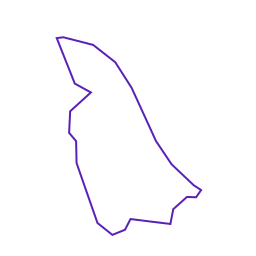 the border of Carrickfergus, rotated 258°
{"feature_id": "GBR-2096", "entity_name": "Carrickfergus", "entity_type": "District", "adm_level": 1, "iso_a3": "GBR", "parent_name": "United Kingdom", "parent_adm1": "", "projection": "robinson", "projection_center": [-5.816, 54.729], "detail": "fine", "context": "isolated", "style": "outline", "palette": "violet", "viewbox_px": 256, "rotation_deg": 258, "n_neighbors": 0, "source": "natural_earth", "source_scale": "10m", "svg_char_len": 443}
<svg xmlns="http://www.w3.org/2000/svg" viewBox="0 0 256 256"><g transform="rotate(258 128 128)"><path d="M230.7,77.0L230.2,83.6L216.5,111.2L195.0,129.2L166.5,139.9L109.3,152.7L83.4,163.1L58.3,180.4L52.1,186.6L51.4,185.9L46.1,180.2L48.3,171.3L39.2,155.4L25.3,149.5L38.4,111.5L29.1,103.9L26.7,90.5L41.4,78.4L104.4,70.4L125.9,74.5L135.5,69.4L156.4,74.9L170.5,99.1L182.5,85.2L230.7,77.0Z" fill="none" stroke="#5b21b6" stroke-width="2"/></g></svg>